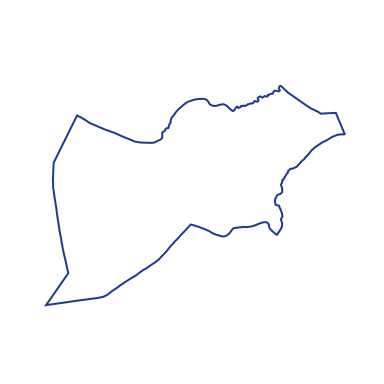 the district of Chantrea, Svay Rieng, Cambodia, rotated 83°
{"feature_id": "14789045B26681024602209", "entity_name": "Chantrea", "entity_type": "district", "adm_level": 2, "iso_a3": "KHM", "parent_name": "Cambodia", "parent_adm1": "Svay Rieng", "projection": "albers", "projection_center": [106.102, 10.92], "detail": "fine", "context": "isolated", "style": "outline", "palette": "blue", "viewbox_px": 384, "rotation_deg": 83, "n_neighbors": 0, "source": "geoboundaries", "source_scale": "gbopen_adm2", "svg_char_len": 4468}
<svg xmlns="http://www.w3.org/2000/svg" viewBox="0 0 384 384"><g transform="rotate(83 192 192)"><path d="M243.7,114.5L244.8,113.0L243.4,111.8L242.2,110.6L240.8,109.4L239.6,108.4L238.0,107.4L236.1,106.6L233.8,106.4L231.4,106.8L230.2,107.1L228.4,106.1L227.1,105.1L224.9,105.3L223.1,105.5L220.6,106.1L219.1,106.6L217.9,107.0L216.4,107.1L215.9,107.7L215.5,109.4L214.9,110.5L213.0,110.8L211.4,110.8L210.6,110.6L209.6,110.4L208.7,110.2L208.0,109.6L207.5,109.1L206.4,108.5L205.6,107.8L205.0,106.4L204.9,105.1L203.7,103.0L202.6,102.4L201.7,102.3L200.5,102.2L198.7,102.1L197.2,102.5L195.5,102.9L194.4,102.0L193.7,101.5L192.4,101.2L191.6,101.1L191.0,100.6L190.9,99.7L189.8,99.2L188.8,98.4L187.7,97.4L186.3,96.4L185.2,95.5L184.8,94.7L183.6,94.2L182.5,93.8L182.1,92.7L181.5,92.2L181.1,91.7L181.1,90.6L180.7,87.8L179.7,85.0L179.2,84.2L178.3,83.4L176.5,81.2L174.6,79.3L173.9,78.1L173.2,76.8L172.3,76.0L170.8,74.4L169.2,72.3L167.2,70.3L165.2,68.1L163.6,65.9L161.9,63.1L160.6,60.5L158.8,57.0L157.3,52.5L154.3,45.9L152.9,40.3L153.0,35.9L153.4,34.5L153.2,33.4L131.0,39.6L130.6,44.9L130.3,48.4L130.0,54.5L127.4,57.6L123.5,63.8L119.2,68.9L115.4,73.1L109.3,79.9L105.1,84.6L98.3,90.1L97.5,91.1L97.6,91.7L98.0,92.4L99.4,93.2L100.6,92.9L101.7,92.4L102.5,93.1L102.6,94.3L102.2,95.2L101.6,96.7L101.4,97.5L102.2,98.8L103.1,99.0L104.3,100.2L104.2,101.6L104.4,102.8L104.8,103.7L105.3,104.2L105.0,104.9L105.6,105.2L106.4,105.6L106.1,106.3L106.2,106.9L106.0,107.5L105.5,108.3L106.4,109.5L106.9,110.5L106.0,112.1L105.4,112.6L106.0,114.3L106.5,115.2L107.4,115.4L108.5,114.9L109.3,114.9L110.2,115.7L110.2,116.9L109.8,117.4L109.3,118.8L110.3,119.7L111.1,120.5L111.5,121.1L111.5,121.8L111.3,123.3L111.8,124.9L111.6,125.8L112.5,126.9L112.8,128.1L113.2,128.9L112.6,130.0L112.6,131.0L113.0,131.6L112.5,132.6L113.4,133.3L113.8,134.2L114.3,135.7L113.6,136.2L112.7,136.8L113.2,137.6L114.3,138.8L115.2,139.4L116.6,140.9L116.4,141.9L114.6,143.9L112.1,145.9L110.2,147.5L108.8,149.8L108.7,152.2L109.0,155.0L109.5,158.1L108.8,161.1L107.3,163.5L105.9,164.2L103.4,165.3L101.9,166.8L101.1,168.4L100.7,171.5L100.5,174.8L100.6,178.2L101.1,180.8L101.6,183.5L102.2,185.6L103.1,187.5L104.5,189.8L106.3,192.5L108.0,195.0L110.5,197.9L114.1,201.2L115.8,203.1L118.2,204.4L120.3,204.6L121.4,205.7L123.4,207.0L124.1,207.1L124.9,207.2L125.7,207.8L125.6,209.3L126.2,210.5L127.5,211.3L128.4,212.1L129.1,214.0L130.3,214.6L132.2,214.6L134.6,214.9L135.7,216.1L136.3,217.6L137.0,219.8L137.6,221.2L137.8,222.1L138.0,222.7L138.4,223.9L138.2,227.0L137.5,231.6L136.6,237.1L134.8,243.0L132.3,247.2L129.1,253.1L125.9,258.4L123.2,263.0L119.4,270.7L115.8,277.0L111.3,284.7L108.0,288.6L104.4,293.1L102.1,296.8L145.6,325.4L146.4,325.7L147.7,325.9L148.7,326.2L149.7,326.4L151.2,326.6L153.5,327.0L155.5,327.3L157.3,327.6L159.1,327.9L162.5,328.5L165.2,328.7L167.7,328.9L170.7,329.3L173.9,329.2L177.1,329.1L180.6,329.1L184.7,328.9L187.4,328.8L191.4,328.7L194.7,328.7L199.0,328.6L204.4,328.5L208.0,328.3L211.7,328.2L214.5,328.2L217.2,328.0L222.0,327.6L225.5,327.6L229.1,327.3L233.2,327.1L237.3,326.7L241.7,326.3L245.6,325.8L249.2,325.5L253.0,325.2L256.0,324.8L257.5,324.7L286.5,350.6L286.2,333.0L285.9,320.2L285.7,301.2L285.6,298.0L285.4,295.2L285.1,292.3L284.8,291.6L284.2,289.9L283.2,287.5L282.0,285.7L280.8,283.8L280.0,282.1L279.1,280.5L278.0,278.2L276.9,276.3L275.9,274.7L274.8,272.3L273.7,270.3L272.3,267.5L271.5,265.7L270.3,263.2L269.2,260.6L268.3,258.6L267.6,257.1L266.7,255.7L265.8,254.0L265.2,253.2L264.3,251.4L263.4,249.9L263.0,248.9L262.6,247.7L262.0,246.3L261.3,245.1L260.6,243.7L259.9,242.5L258.9,240.5L257.8,238.0L256.6,235.9L255.6,234.4L254.6,232.8L253.3,231.2L252.0,229.7L249.9,227.1L248.0,224.8L245.5,222.2L242.9,219.6L240.8,217.0L239.1,215.1L237.6,213.2L236.0,211.2L233.8,208.8L229.4,203.4L224.1,197.2L224.4,196.5L224.6,195.8L225.0,194.8L225.5,193.9L226.1,192.6L227.0,190.7L227.5,189.2L228.8,187.1L229.7,185.2L230.8,183.2L232.0,181.3L232.7,179.8L234.7,177.6L236.3,175.1L237.1,173.7L237.9,171.8L238.5,170.3L239.3,168.7L239.7,167.7L240.0,165.8L239.8,164.2L239.3,162.8L238.5,161.2L237.3,159.5L236.1,158.5L235.1,157.5L233.9,156.4L233.1,155.4L233.0,153.9L232.9,152.3L232.9,149.9L232.9,147.9L233.1,146.7L232.8,145.1L233.3,143.8L233.4,142.3L233.5,139.3L233.4,136.8L233.0,134.5L232.5,132.4L231.8,129.9L231.2,127.6L230.9,126.0L230.8,123.9L230.9,122.7L231.1,121.9L231.6,120.9L233.0,120.0L234.2,119.7L236.3,119.7L237.8,119.2L238.7,118.6L240.2,117.4L241.5,116.3L242.7,115.1L243.7,114.5Z" fill="none" stroke="#1e3a8a" stroke-width="2"/></g></svg>